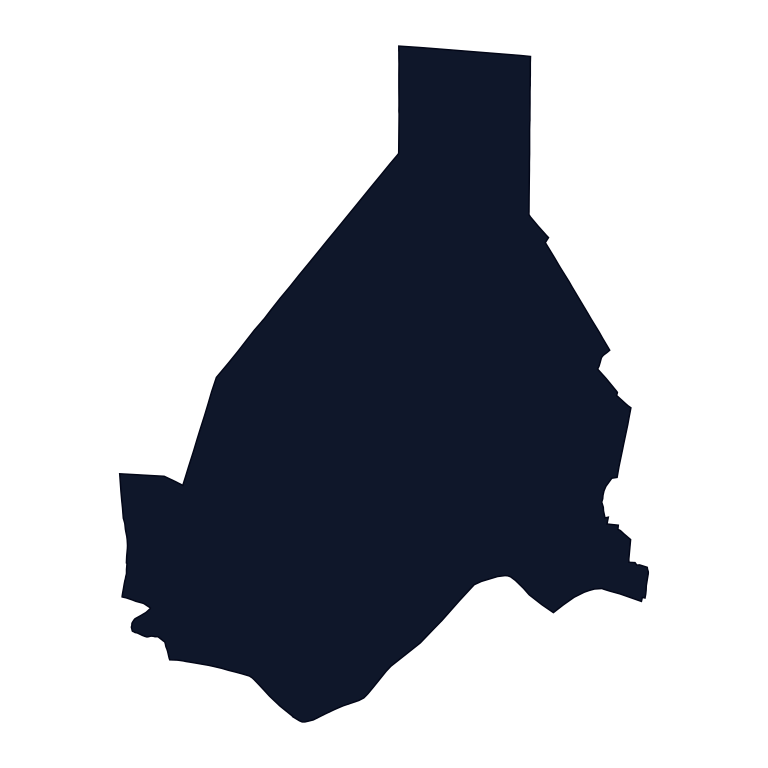 Cai Be, Tiền Giang, Vietnam
{"feature_id": "81297802B56348725354679", "entity_name": "Cai Be", "entity_type": "district", "adm_level": 2, "iso_a3": "VNM", "parent_name": "Vietnam", "parent_adm1": "Tiền Giang", "projection": "natural_earth1", "projection_center": [105.923, 10.405], "detail": "fine", "context": "isolated", "style": "filled", "palette": "ink", "viewbox_px": 768, "rotation_deg": 0, "n_neighbors": 0, "source": "geoboundaries", "source_scale": "gbopen_adm2", "svg_char_len": 4284}
<svg xmlns="http://www.w3.org/2000/svg" viewBox="0 0 768 768"><path d="M553.4,612.6L563.4,604.8L574.2,597.2L574.4,597.1L584.2,592.2L589.4,590.4L594.5,589.0L602.4,588.5L602.7,588.8L602.8,588.9L609.5,591.0L620.0,593.9L641.4,601.4L641.5,601.1L642.3,597.4L645.0,598.0L645.7,594.2L646.1,590.3L646.3,585.6L647.4,578.8L648.0,575.2L648.2,574.1L648.3,572.6L648.2,571.4L647.6,569.6L647.4,568.6L647.3,567.6L647.2,567.3L639.6,564.9L636.8,565.1L635.0,562.6L630.2,562.4L628.9,562.0L628.8,559.3L630.6,539.6L623.6,533.6L622.8,532.8L620.4,530.6L617.9,529.3L618.2,526.3L618.3,525.2L607.0,524.0L608.3,517.2L605.0,517.9L603.5,510.9L603.3,507.3L603.1,506.6L601.7,502.1L602.7,498.8L603.0,495.2L604.0,490.8L605.9,486.3L611.8,478.2L617.1,477.4L619.0,466.5L622.7,448.8L623.3,445.7L627.8,424.4L629.4,415.5L629.5,415.1L630.1,412.0L630.9,407.8L627.9,405.7L625.3,403.4L616.6,395.5L617.1,393.7L617.4,392.4L616.7,391.4L606.1,378.5L597.6,369.1L599.0,366.2L600.2,362.2L601.3,358.1L602.0,356.8L603.4,355.2L607.5,352.1L609.7,350.2L602.4,337.9L599.1,332.0L593.7,323.2L591.0,318.8L587.4,312.6L572.1,287.0L569.1,281.7L559.8,266.8L559.7,266.5L559.1,265.6L554.5,257.7L546.5,244.6L545.3,242.6L548.5,237.6L546.3,235.3L538.0,226.0L530.3,216.8L528.9,214.5L529.0,211.8L529.1,195.3L529.2,188.1L529.2,187.1L529.3,177.2L529.4,170.6L529.4,162.4L529.6,154.2L529.6,146.0L529.6,137.8L529.6,129.3L529.8,121.4L529.9,120.9L529.9,112.4L530.0,103.9L530.0,99.0L530.0,95.3L530.0,91.6L530.1,86.8L530.2,85.6L530.2,78.5L530.3,75.6L530.3,69.5L530.3,63.0L530.5,56.5L520.6,55.5L510.6,54.7L431.4,48.4L419.7,47.5L398.8,46.1L398.8,50.6L398.9,52.0L398.9,58.0L399.0,63.9L398.9,75.1L398.9,80.9L398.9,85.8L398.9,87.4L399.0,99.7L399.0,106.0L398.9,110.9L399.0,112.7L399.1,114.0L398.7,152.8L398.4,153.9L390.1,163.7L380.4,175.6L371.0,187.0L361.0,199.3L353.6,208.4L344.7,219.3L336.3,229.6L327.4,240.4L318.4,251.5L308.7,263.4L299.3,274.8L290.0,286.5L280.3,298.1L271.0,309.9L264.3,318.7L262.5,320.7L261.3,322.2L254.5,330.0L247.1,339.5L237.8,351.5L228.4,363.1L216.4,377.4L211.6,391.8L208.3,403.2L204.5,415.8L200.1,429.6L197.1,439.3L193.7,450.7L188.7,466.4L185.6,476.5L183.1,484.4L182.8,485.4L182.4,485.2L175.4,481.6L164.2,476.3L141.0,475.0L137.8,474.8L130.5,474.4L119.7,473.8L119.8,475.0L121.0,492.1L121.7,500.0L122.5,507.8L123.3,518.2L123.8,519.8L124.7,523.0L124.9,524.2L125.4,529.2L125.8,531.5L126.8,536.4L127.2,539.8L127.4,543.2L127.5,545.6L127.4,548.5L126.7,556.3L126.4,563.0L127.0,563.5L126.5,569.4L126.5,571.0L126.5,573.6L126.4,573.9L126.3,574.6L125.8,576.4L125.4,578.7L125.3,579.2L124.9,580.5L124.1,584.7L123.4,588.9L122.7,592.7L122.2,595.8L122.1,596.9L123.2,597.2L126.1,597.8L132.3,599.9L135.8,601.3L139.2,602.2L142.9,603.2L144.1,603.7L146.6,605.4L149.8,607.5L150.4,608.1L150.4,608.3L150.2,608.6L149.8,609.0L148.4,610.3L147.0,611.6L145.8,612.6L140.0,616.0L135.3,618.6L135.0,618.8L134.6,619.2L133.9,620.1L132.4,622.4L132.0,623.3L131.9,624.0L131.9,624.9L131.8,625.7L131.5,626.5L131.4,627.4L131.8,628.8L132.2,630.6L132.4,631.1L132.9,631.4L134.1,631.9L134.8,632.4L135.5,632.6L136.5,632.8L137.2,632.9L139.3,633.9L141.4,634.9L142.3,635.4L142.7,635.5L143.2,635.7L144.7,636.3L146.4,636.8L146.8,636.9L147.3,636.9L147.9,636.8L148.6,636.7L150.0,636.3L150.6,636.2L151.0,636.1L151.7,636.1L152.6,636.2L153.3,636.3L153.9,636.4L154.9,636.7L155.6,636.7L156.3,636.7L157.0,636.6L157.9,636.8L158.3,636.9L158.5,637.1L160.4,638.6L162.7,640.4L163.0,640.7L163.3,640.9L164.5,641.7L164.6,641.8L164.9,642.3L165.5,644.5L165.6,645.3L166.0,646.9L166.9,649.1L167.6,651.3L168.2,653.9L168.8,656.6L169.3,658.6L169.5,659.0L169.7,659.8L177.5,660.1L183.3,660.9L186.0,661.5L189.9,662.1L195.9,663.1L202.2,664.2L208.6,665.3L213.6,666.4L215.7,666.9L221.7,668.3L228.5,670.3L235.3,672.0L242.0,673.8L247.7,675.5L248.7,675.8L249.4,676.0L252.3,677.9L253.9,679.4L259.0,684.7L263.0,689.0L269.6,696.2L279.8,705.9L285.5,710.5L293.1,716.6L292.9,716.8L299.5,720.8L302.1,721.9L305.0,721.9L308.1,721.2L313.3,719.9L324.8,714.1L334.3,709.6L337.5,708.2L343.1,705.8L358.8,700.5L363.8,697.9L366.4,695.3L368.0,693.6L373.4,687.1L386.2,671.2L390.9,666.2L401.9,657.5L409.1,651.8L420.3,642.9L433.9,628.7L442.0,620.4L459.5,600.6L474.2,584.7L481.4,581.4L497.6,576.5L505.0,575.6L507.8,575.8L510.6,576.8L515.4,580.4L523.6,588.4L529.2,594.8L541.9,604.7L553.4,612.6Z" fill="#0f172a" stroke="#020617" stroke-width="1.5"/></svg>